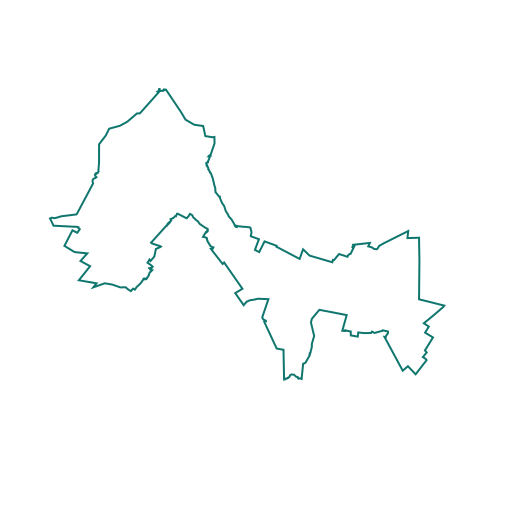 San Luis Potosí, San Luis Potosí, Mexico (Robinson projection), rotated 118°
{"feature_id": "50627088B2244666711927", "entity_name": "San Luis Potosí", "entity_type": "district", "adm_level": 2, "iso_a3": "MEX", "parent_name": "Mexico", "parent_adm1": "San Luis Potosí", "projection": "robinson", "projection_center": [-100.954, 22.309], "detail": "fine", "context": "isolated", "style": "outline", "palette": "teal", "viewbox_px": 512, "rotation_deg": 118, "n_neighbors": 0, "source": "geoboundaries", "source_scale": "gbopen_adm2", "svg_char_len": 5990}
<svg xmlns="http://www.w3.org/2000/svg" viewBox="0 0 512 512"><g transform="rotate(118 256 256)"><path d="M261.0,60.0L260.1,62.5L244.8,61.5L244.4,68.7L244.3,70.7L237.2,70.3L236.6,76.2L225.8,71.7L213.3,66.8L211.4,66.5L215.9,84.6L217.7,91.7L182.9,109.8L167.2,118.5L163.3,120.6L169.1,130.7L162.5,133.3L184.7,149.1L189.3,152.0L191.8,152.1L193.3,152.5L194.3,154.8L194.0,158.0L194.8,161.4L191.0,161.6L200.5,175.5L201.1,174.7L201.1,173.8L202.2,173.8L201.8,175.0L202.3,175.1L202.4,174.8L202.5,174.8L202.5,174.5L203.0,174.7L203.1,174.2L203.1,173.9L203.1,173.7L209.7,173.5L210.3,174.3L211.7,174.9L212.0,174.8L212.3,175.0L213.7,174.9L215.3,183.6L223.0,185.2L223.3,186.2L225.7,185.7L230.5,208.9L228.0,217.6L238.1,216.1L238.2,242.4L237.3,242.6L239.1,255.3L251.0,255.0L251.1,259.8L239.8,261.3L240.9,269.3L241.0,269.9L240.9,270.0L237.1,271.1L233.6,274.3L234.0,276.1L234.5,277.0L234.7,277.8L236.3,281.3L238.1,285.8L238.5,287.5L239.6,286.7L239.8,287.1L239.4,288.6L239.0,289.2L238.4,289.8L237.3,291.3L236.3,293.0L235.8,293.9L235.3,294.5L233.9,298.5L232.9,299.8L232.0,301.1L230.7,303.5L230.4,303.9L229.5,304.8L228.8,305.6L227.7,306.6L226.4,308.2L225.7,309.9L224.5,311.7L221.7,315.1L220.7,315.7L221.0,316.0L218.6,321.8L218.4,321.8L218.2,321.9L218.0,322.1L217.6,322.3L217.4,322.6L217.1,322.8L215.6,323.5L212.1,326.9L210.8,327.9L209.7,329.0L207.8,330.6L207.0,331.4L206.8,331.8L205.1,333.6L204.7,334.0L204.4,334.2L204.1,334.8L203.9,335.9L203.4,336.4L203.1,336.8L203.0,336.7L202.8,336.9L202.5,337.3L202.2,337.8L202.0,338.3L201.9,338.9L201.8,339.0L201.3,339.0L201.0,339.2L200.3,339.9L200.0,340.4L200.0,340.6L200.0,340.8L199.7,341.0L199.6,341.8L199.3,342.1L199.0,342.2L198.9,342.3L198.7,342.0L197.5,343.4L197.1,343.6L195.9,342.4L195.2,342.9L195.0,342.7L190.7,343.2L190.1,343.3L190.4,344.3L190.2,344.2L189.9,344.4L189.8,344.5L189.3,343.9L189.3,344.0L188.9,344.1L188.8,343.7L188.5,343.7L188.4,343.5L176.0,345.5L170.4,348.6L171.5,350.0L173.9,357.0L166.0,363.7L169.1,372.1L168.7,382.2L164.0,390.0L151.4,413.6L151.6,414.1L151.8,414.0L152.0,415.1L152.4,414.9L152.8,415.6L153.4,415.3L154.1,416.1L155.3,418.2L155.6,417.9L153.8,419.5L154.2,420.0L155.9,418.9L156.2,419.1L156.9,419.3L156.6,419.8L157.2,420.2L157.3,419.8L157.2,418.8L184.6,425.5L186.0,428.0L197.9,432.7L204.9,437.3L209.7,442.4L212.5,445.4L220.1,445.2L231.0,447.0L247.1,438.5L254.9,435.1L255.2,434.7L255.9,434.7L256.2,434.8L256.6,435.0L256.9,434.8L257.2,434.8L257.5,435.2L257.8,436.0L258.6,435.7L259.2,436.4L259.9,436.4L260.8,435.3L261.3,433.9L262.6,434.5L263.6,435.4L264.4,435.8L265.6,435.9L266.7,435.5L268.4,433.9L300.5,433.9L302.8,433.9L303.6,434.1L312.3,446.5L316.9,451.2L317.1,451.5L317.7,453.1L317.9,453.9L318.0,454.2L319.5,455.5L324.3,449.0L316.0,431.3L314.2,427.6L314.0,426.5L314.4,426.5L315.0,424.2L319.4,424.7L319.5,430.1L337.0,429.9L337.7,418.0L332.9,406.2L342.8,408.6L342.9,397.7L360.6,401.0L355.0,384.0L360.0,384.9L351.1,376.7L348.7,369.5L347.4,361.0L344.8,356.4L345.5,353.5L345.8,350.0L342.5,349.2L342.6,347.2L339.4,346.8L334.5,345.1L330.0,344.5L329.8,344.5L329.6,344.6L329.3,344.3L329.0,343.9L329.0,343.4L328.7,343.2L328.5,343.3L328.6,344.2L328.5,344.3L328.4,344.2L328.4,343.8L328.1,343.5L328.1,343.3L328.0,343.1L328.0,342.3L327.9,342.3L327.8,342.0L327.2,341.9L327.3,342.1L326.3,342.0L325.3,341.8L324.5,341.7L324.2,341.6L323.7,341.5L323.0,341.7L322.9,341.8L321.4,342.1L320.9,342.0L320.3,342.0L319.9,341.8L320.0,341.9L319.8,341.9L319.1,341.5L317.2,341.0L317.5,342.7L317.0,342.7L316.9,343.3L317.1,343.5L317.0,343.8L316.9,343.8L316.9,344.0L316.7,343.9L316.6,344.2L315.8,343.2L315.9,342.6L315.5,342.6L315.4,342.7L314.7,342.6L314.3,342.0L314.2,341.4L313.8,342.6L313.3,344.8L313.2,346.0L313.1,346.7L312.9,348.6L309.1,348.4L309.9,346.8L304.7,345.6L304.0,345.6L300.7,346.5L296.8,347.7L293.3,344.9L292.9,344.6L292.3,344.4L292.4,346.5L292.8,347.4L292.8,348.0L293.5,352.0L293.7,353.8L293.7,354.4L293.6,354.5L293.5,354.9L271.2,349.3L271.2,349.0L269.0,349.1L269.0,348.6L268.6,348.6L268.6,348.4L267.6,348.5L267.6,348.2L266.6,348.2L266.6,347.8L265.6,347.8L264.4,347.5L263.6,348.7L261.0,346.7L258.7,346.1L258.6,345.8L258.5,345.3L255.8,345.6L255.4,344.9L255.3,335.1L255.1,334.8L253.9,334.6L252.4,334.2L249.9,334.1L249.8,333.1L249.8,332.2L250.0,331.4L250.2,331.0L250.4,330.8L251.0,330.2L251.5,329.0L251.9,327.1L252.4,325.9L252.6,323.8L253.6,321.8L254.2,320.4L254.2,319.4L254.5,317.5L254.8,314.0L254.8,313.6L254.8,311.7L254.9,311.2L256.4,311.0L256.4,310.4L257.0,310.4L257.0,310.6L258.3,310.8L258.3,311.4L258.4,311.5L260.4,311.6L261.6,311.6L262.7,311.8L263.5,311.7L264.0,311.7L263.4,309.9L263.2,309.1L263.3,307.8L263.8,307.7L264.2,307.0L264.6,307.0L266.0,305.4L265.9,305.3L266.2,305.0L267.7,302.2L267.9,302.2L268.1,301.8L268.6,300.8L268.6,300.3L268.8,300.0L268.6,299.3L268.4,297.7L270.1,297.7L270.9,299.1L271.0,298.9L278.7,281.7L276.7,281.1L279.1,276.4L280.4,273.9L291.3,252.6L298.5,256.9L305.2,243.8L300.6,242.8L300.5,242.5L298.4,241.0L297.2,239.7L296.6,238.7L295.6,237.5L294.8,236.4L294.2,235.8L293.7,235.3L292.7,234.0L288.3,224.8L307.2,221.7L308.6,219.9L308.5,217.0L308.9,216.7L309.2,218.0L310.1,218.0L328.0,194.3L325.9,187.7L351.9,173.2L351.2,172.3L350.7,172.4L350.0,171.9L349.8,171.2L348.8,170.9L348.5,170.3L348.0,170.3L347.0,169.7L345.2,169.9L344.0,169.2L343.4,167.8L343.0,166.6L343.6,164.5L343.7,163.7L343.3,162.4L344.3,161.6L344.3,160.7L343.4,159.9L343.2,158.0L330.2,163.3L329.1,163.8L327.0,162.2L322.2,162.1L319.5,161.9L318.7,161.9L318.4,162.2L318.0,162.2L318.0,162.5L316.6,162.5L316.4,162.9L315.6,162.6L315.1,162.6L314.5,163.0L312.6,163.3L311.6,163.7L309.9,164.0L308.7,164.8L307.0,165.5L299.3,167.1L289.0,176.2L285.3,177.2L273.8,174.8L265.6,148.2L281.5,144.7L280.4,142.1L279.6,142.3L279.3,140.2L278.6,138.8L278.6,138.1L278.2,136.9L281.6,135.0L279.4,128.3L275.5,129.8L273.3,124.3L270.0,118.3L268.3,118.1L268.3,115.2L262.3,108.9L262.1,109.0L260.7,104.1L261.9,103.4L262.1,103.2L266.1,103.7L266.7,103.4L267.1,104.6L284.0,79.2L288.4,72.6L282.0,70.1L285.5,59.5L267.9,56.5L267.2,57.8L266.9,61.2L261.0,60.0Z" fill="none" stroke="#0f766e" stroke-width="2"/></g></svg>